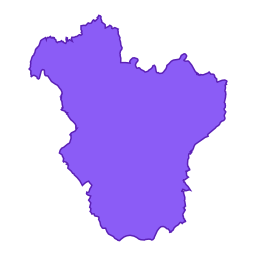 outline of Vima Mica, Maramures, Romania
{"feature_id": "2599482B4485226346808", "entity_name": "Vima Mica", "entity_type": "district", "adm_level": 2, "iso_a3": "ROU", "parent_name": "Romania", "parent_adm1": "Maramures", "projection": "albers", "projection_center": [23.688, 47.408], "detail": "fine", "context": "isolated", "style": "filled", "palette": "violet", "viewbox_px": 256, "rotation_deg": 0, "n_neighbors": 0, "source": "geoboundaries", "source_scale": "gbopen_adm2", "svg_char_len": 5654}
<svg xmlns="http://www.w3.org/2000/svg" viewBox="0 0 256 256"><path d="M151.8,240.0L152.9,239.6L154.1,238.2L154.4,237.0L157.3,230.7L159.3,228.1L161.0,226.7L163.2,226.5L164.8,227.0L167.0,228.8L168.1,228.9L170.3,231.5L169.2,232.5L171.4,231.9L172.0,230.8L173.1,230.1L174.2,227.8L175.9,226.2L178.2,224.8L180.2,222.4L181.4,222.6L182.2,223.5L183.3,222.4L185.5,221.5L185.3,220.6L184.6,220.2L184.5,219.1L183.7,218.6L183.4,216.7L183.1,216.4L183.2,215.8L182.8,215.2L183.0,213.8L185.2,210.0L185.1,209.6L184.4,209.6L184.4,208.9L184.2,208.7L184.4,207.9L184.1,207.8L184.5,207.6L184.4,207.0L184.7,206.4L185.5,206.1L184.8,201.7L184.4,200.6L184.8,199.5L184.8,197.3L183.7,193.6L183.5,192.5L183.8,191.6L181.8,191.3L181.9,190.8L182.5,190.3L182.6,189.4L183.8,189.5L184.3,190.1L185.1,190.2L185.8,190.8L189.4,189.8L190.4,190.2L188.1,186.6L186.0,184.5L184.7,182.2L184.0,182.1L184.0,181.4L183.3,180.6L183.6,179.8L184.6,179.9L188.4,177.2L187.2,176.2L186.6,175.4L186.4,172.2L186.0,171.5L186.1,171.1L187.6,171.1L188.3,170.3L189.6,170.0L189.7,169.3L188.8,167.9L188.6,167.2L188.3,166.6L187.9,166.6L187.5,164.1L187.8,159.6L188.8,158.0L188.6,155.4L188.8,154.1L189.3,153.6L190.4,154.0L191.8,152.1L192.1,151.2L191.0,152.5L190.1,151.9L191.5,150.4L192.6,150.1L193.7,147.6L193.8,146.8L195.1,144.4L205.1,137.4L208.1,136.3L207.7,134.7L208.1,134.1L215.4,128.0L216.3,126.8L218.7,125.3L219.7,124.0L220.3,122.5L221.8,121.2L223.7,120.5L224.7,119.3L225.0,118.2L224.3,116.1L224.3,115.1L225.8,111.9L224.2,109.8L224.2,108.6L225.2,107.4L225.4,105.3L225.1,104.6L225.2,103.8L224.3,102.5L225.3,98.3L225.6,96.7L225.5,95.7L225.9,94.8L225.6,94.1L225.8,93.4L225.5,92.5L225.7,92.0L225.1,91.5L224.9,90.7L225.5,87.9L225.2,85.1L226.5,84.3L225.8,83.3L226.9,81.6L226.7,80.9L224.8,80.0L222.1,80.3L217.3,82.1L216.7,81.1L216.7,78.9L216.0,78.5L215.3,77.4L214.7,77.1L214.6,75.8L214.0,74.6L213.2,74.2L210.8,74.1L209.1,72.0L208.2,72.9L203.6,74.7L202.0,74.9L200.8,74.5L199.9,75.3L199.3,74.8L199.6,74.2L198.7,75.0L198.2,74.9L198.0,74.7L198.4,74.0L198.2,73.7L197.9,73.8L197.4,73.2L196.7,73.9L196.4,72.4L195.5,72.0L191.7,65.1L189.0,61.7L188.0,60.9L185.8,61.2L184.2,60.7L183.9,60.2L185.6,58.5L186.7,56.0L185.8,54.5L185.0,53.9L184.1,53.8L181.3,55.4L180.2,57.9L179.2,59.2L173.4,60.1L171.3,61.2L168.8,63.9L166.9,65.4L166.7,66.8L166.1,68.6L163.5,72.0L162.3,73.1L160.5,73.4L159.3,73.4L158.2,72.6L157.2,72.8L156.6,72.4L156.1,71.1L155.4,66.8L154.4,65.3L153.0,65.7L152.2,67.6L150.6,69.1L149.1,69.9L147.8,71.3L145.5,72.0L145.0,72.0L143.8,70.9L140.9,69.5L139.7,68.1L138.9,67.7L137.6,68.2L136.7,68.0L135.6,65.9L135.5,64.6L136.3,62.7L137.6,61.3L138.0,60.2L137.7,59.2L137.1,58.7L134.4,57.8L132.6,58.0L130.4,60.1L129.7,61.6L130.1,63.1L125.5,62.6L120.7,62.6L120.8,58.1L120.1,55.6L120.3,55.0L119.9,53.4L120.6,50.7L121.7,49.4L122.1,47.8L120.9,45.3L120.5,41.8L119.6,39.1L120.0,37.8L118.2,34.0L118.2,31.8L117.8,29.8L118.2,29.1L114.8,27.6L112.7,28.6L111.8,28.3L111.9,27.0L111.0,25.9L109.8,25.3L108.5,26.5L105.3,28.0L105.1,24.6L101.7,22.0L101.8,21.2L100.8,18.5L101.0,16.6L100.2,15.8L99.2,15.5L98.7,15.4L98.4,16.5L97.2,17.5L97.9,18.4L95.5,20.8L95.2,20.6L94.8,21.1L93.7,19.9L92.8,20.5L91.5,22.8L90.7,23.3L89.3,23.4L88.2,22.9L85.6,25.5L83.8,25.3L81.0,25.8L81.0,29.5L81.9,31.1L81.2,32.5L82.0,33.2L82.0,34.5L80.7,35.3L80.0,34.7L79.1,34.8L76.9,36.5L75.9,36.5L74.2,37.3L71.8,37.3L71.7,38.1L71.3,38.8L72.3,41.3L69.5,39.7L68.8,40.0L68.3,40.9L67.1,41.1L67.4,37.9L66.3,37.5L66.0,39.4L66.4,40.9L66.9,41.1L65.7,43.4L64.1,42.8L63.0,41.5L62.4,41.8L61.5,40.7L60.4,41.6L58.1,41.9L57.3,42.6L56.2,41.7L55.8,39.8L54.5,38.8L54.3,37.7L53.6,37.5L53.3,37.8L52.8,37.4L52.1,38.0L50.9,37.7L50.6,36.6L50.9,36.0L48.8,37.7L47.8,37.4L46.5,38.6L46.3,39.6L45.6,37.6L42.0,39.6L40.7,40.7L39.1,45.4L38.3,46.6L37.3,47.3L36.9,48.2L36.4,48.3L35.5,49.7L34.8,52.9L34.3,53.4L33.9,54.9L32.8,55.9L32.0,57.2L31.0,60.8L30.6,61.3L30.5,62.3L30.8,62.9L30.4,65.5L30.6,66.2L30.1,67.9L29.1,69.0L30.6,70.4L30.9,71.1L30.8,73.9L31.4,76.0L30.9,77.0L32.7,75.6L34.0,75.3L35.6,76.0L37.1,77.2L37.3,78.4L38.5,79.0L39.3,78.3L41.3,70.7L42.5,69.6L43.8,69.8L44.4,70.5L44.5,73.6L45.1,75.3L45.7,75.7L47.8,75.9L51.5,81.5L55.3,84.1L57.6,85.3L60.0,88.7L60.7,89.3L61.9,91.8L62.2,93.8L61.6,94.2L61.6,94.8L61.0,95.8L61.0,96.6L61.4,96.3L61.4,96.6L61.2,97.3L60.8,97.3L61.4,98.0L61.2,98.4L60.9,98.3L60.8,99.2L61.6,101.0L61.9,101.2L62.2,104.3L62.9,107.6L62.4,107.7L62.6,108.0L62.2,108.2L62.3,108.5L61.2,109.6L61.6,110.0L64.8,111.1L65.2,111.4L65.4,112.0L66.6,112.5L66.0,112.6L67.3,113.8L66.9,114.2L68.0,114.9L68.2,116.0L70.8,119.7L73.0,121.5L75.1,123.8L76.1,126.0L75.8,126.5L75.9,128.3L77.1,128.2L75.0,131.1L71.5,132.8L70.0,134.6L70.1,134.9L70.6,134.7L71.1,135.2L70.9,135.7L71.1,138.2L69.8,142.4L69.3,143.2L67.6,144.1L63.7,147.3L61.7,148.2L60.2,150.2L59.4,153.0L61.8,154.6L62.4,155.6L62.5,156.5L63.2,157.3L63.2,157.9L63.7,158.4L63.1,161.3L63.6,161.9L64.0,161.4L66.1,162.2L67.6,163.4L67.7,163.8L66.6,164.2L68.4,165.3L67.8,168.1L71.2,171.1L72.7,173.3L73.8,173.6L74.3,174.9L77.2,177.6L79.9,180.9L82.4,185.5L84.6,183.4L86.7,181.9L88.7,181.2L89.7,182.8L91.6,184.8L91.8,185.4L91.2,186.5L91.3,186.8L90.0,188.7L88.9,192.0L87.3,192.5L86.8,192.2L86.5,193.6L86.7,194.1L88.0,195.1L90.7,196.0L89.9,198.2L88.6,200.1L90.8,202.9L89.7,207.3L90.8,208.4L90.6,210.6L90.1,211.4L91.3,212.7L91.8,214.0L93.9,213.8L94.3,214.4L94.5,215.5L95.1,216.0L97.4,216.4L98.7,217.0L99.0,218.1L98.6,219.3L100.0,222.1L100.6,225.4L102.3,228.0L103.0,228.3L105.6,228.2L106.9,231.6L108.5,234.0L113.4,236.5L114.9,238.4L117.5,239.8L117.9,240.3L119.6,240.6L121.0,239.2L123.9,237.0L126.7,235.8L130.1,235.3L134.0,236.1L136.8,237.5L139.0,239.1L140.8,239.7L144.5,240.0L145.4,239.5L148.8,239.1L150.5,239.3L151.8,240.0Z" fill="#8b5cf6" stroke="#5b21b6" stroke-width="1.5"/></svg>